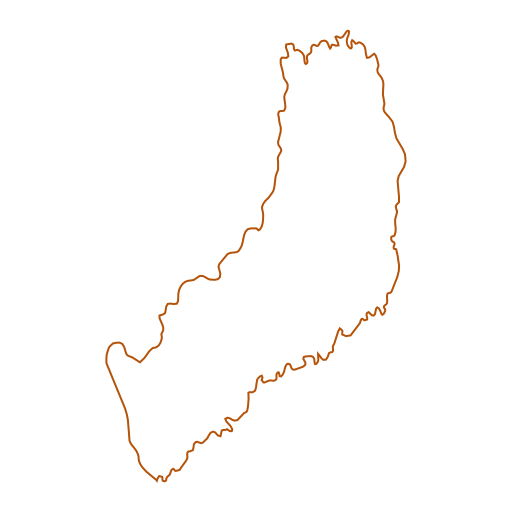 outline of Misiones
{"feature_id": "ARG-1312", "entity_name": "Misiones", "entity_type": "Province", "adm_level": 1, "iso_a3": "ARG", "parent_name": "Argentina", "parent_adm1": "", "projection": "equal_earth", "projection_center": [-54.653, -26.821], "detail": "fine", "context": "isolated", "style": "outline", "palette": "amber", "viewbox_px": 512, "rotation_deg": 0, "n_neighbors": 0, "source": "natural_earth", "source_scale": "10m", "svg_char_len": 5885}
<svg xmlns="http://www.w3.org/2000/svg" viewBox="0 0 512 512"><path d="M286.4,57.9L288.3,56.4L287.9,52.9L285.9,47.4L286.2,44.5L291.3,43.6L293.1,44.4L293.8,46.5L294.0,49.0L294.8,50.5L297.5,49.8L300.1,51.1L302.4,53.1L304.0,55.9L304.4,59.5L304.5,61.1L304.9,62.9L305.7,64.0L306.9,63.3L307.5,61.8L306.9,58.2L306.9,56.4L307.7,55.0L310.1,53.4L311.1,52.1L311.4,50.5L311.2,48.8L311.4,47.1L312.3,45.5L313.5,44.8L314.6,44.9L316.8,46.0L318.1,45.7L320.3,42.2L321.7,41.1L324.6,40.6L326.5,41.4L327.8,43.4L329.2,47.0L330.1,48.5L330.9,47.6L331.7,44.9L332.8,44.8L333.5,44.8L336.0,45.7L338.5,45.4L337.9,42.5L335.4,37.0L336.4,36.4L337.7,36.7L340.1,37.8L341.7,37.5L343.1,36.5L346.4,31.7L347.2,31.0L347.9,30.7L348.6,30.9L349.1,31.7L348.5,35.0L347.4,37.7L346.7,40.5L347.1,43.9L347.7,45.4L348.9,47.1L350.1,48.3L351.3,48.3L351.8,47.1L351.7,45.3L351.4,43.3L351.4,41.7L352.2,40.2L353.5,41.1L355.7,43.7L357.3,43.3L358.1,42.7L358.9,42.3L360.7,42.8L363.1,44.5L364.7,46.9L365.5,49.9L365.8,53.4L366.9,57.8L369.4,57.4L374.2,53.7L375.7,55.5L377.1,59.2L378.5,65.4L378.2,66.9L377.7,68.1L377.3,69.7L377.6,71.9L378.4,73.7L380.8,76.6L381.9,78.3L383.1,81.4L383.4,84.4L382.9,94.4L384.4,103.6L384.2,105.3L383.8,106.8L383.5,108.4L383.9,110.6L384.8,112.3L389.0,117.1L392.6,121.8L394.0,127.0L394.9,132.6L396.5,138.5L402.7,149.0L405.0,154.3L405.6,161.3L404.1,166.8L398.7,176.1L397.6,181.0L399.0,197.0L399.0,202.2L397.1,204.1L396.2,205.2L395.8,206.4L396.1,208.1L396.5,209.9L397.0,211.0L397.2,210.4L396.8,213.3L395.2,219.2L395.1,222.4L395.7,228.8L395.5,232.0L394.7,235.1L393.7,236.1L392.4,236.3L391.4,236.8L391.1,238.6L391.7,240.7L392.7,241.7L393.8,242.2L394.4,242.8L394.5,244.5L393.6,246.9L393.8,248.6L394.2,248.9L395.7,249.0L396.2,249.3L397.6,255.6L399.1,265.7L398.8,270.9L397.3,277.0L391.7,291.2L391.1,292.2L390.2,292.8L388.2,293.2L387.5,293.7L387.0,295.9L387.2,300.8L387.0,303.1L386.4,304.2L384.5,305.6L384.0,306.5L384.0,307.7L385.2,309.4L385.2,310.8L383.8,313.7L382.3,314.8L381.4,313.8L380.3,311.0L378.9,308.4L377.2,307.4L376.1,308.6L375.0,314.0L373.7,315.6L371.7,315.2L370.0,313.4L368.5,312.1L366.8,313.2L366.5,315.4L367.2,317.7L367.1,319.5L364.6,320.3L363.7,319.9L363.2,319.3L362.6,318.8L361.6,319.0L360.9,320.0L359.9,323.1L350.6,335.4L346.0,336.1L342.2,334.5L342.4,330.8L341.3,329.6L339.8,328.4L338.2,331.3L334.5,342.9L334.0,344.2L333.3,345.2L332.8,346.7L333.1,350.1L332.8,351.6L331.9,352.2L330.4,352.4L329.1,353.0L328.5,354.5L328.1,356.0L327.3,357.6L326.4,359.0L325.8,359.7L323.3,359.8L321.4,358.2L319.8,355.9L318.1,353.9L318.3,359.4L318.1,361.0L317.3,362.7L316.1,363.9L315.1,364.1L314.6,362.6L314.2,358.7L312.9,356.8L310.9,356.1L305.8,356.4L303.8,357.0L303.3,358.8L305.4,362.6L305.3,364.9L302.8,366.8L294.6,369.7L293.3,369.6L292.0,368.9L291.5,368.1L290.3,365.0L289.9,364.3L288.9,364.1L288.2,363.7L287.5,363.8L286.3,364.9L285.5,366.4L284.9,368.2L284.2,371.3L282.9,374.4L281.1,376.4L279.7,376.2L279.0,373.0L278.6,372.3L277.7,372.5L276.8,373.5L276.4,375.3L276.5,377.6L276.4,378.9L275.9,379.7L274.7,380.5L273.5,380.8L270.7,380.4L269.4,380.5L264.1,382.6L263.3,382.3L263.1,382.0L262.3,380.8L262.1,380.5L261.6,380.1L261.8,379.3L262.3,378.3L262.5,377.6L261.8,375.7L260.2,376.3L258.4,377.9L257.3,379.4L256.6,382.9L256.1,387.1L255.1,390.7L252.5,392.3L249.5,392.2L248.4,392.7L248.6,399.1L248.0,406.4L247.3,410.2L246.5,411.9L244.0,413.1L237.4,420.1L234.4,420.6L232.0,419.7L229.9,418.3L227.4,417.7L225.3,418.9L226.5,421.6L230.4,425.9L232.3,429.3L231.8,431.1L229.8,431.1L227.0,429.2L225.7,429.9L222.9,430.0L221.8,430.5L221.5,431.5L220.5,436.2L217.9,435.5L215.1,432.4L213.1,431.6L210.5,432.8L208.7,435.6L207.2,438.4L202.7,442.7L201.4,443.2L200.1,442.9L197.4,441.8L195.8,442.0L193.9,444.2L193.5,447.3L192.9,450.1L190.2,451.3L188.9,451.4L188.0,451.8L187.4,452.7L187.2,454.2L187.4,457.8L187.1,458.7L186.3,460.4L180.6,468.3L179.9,469.7L176.9,470.7L175.5,470.9L174.7,470.4L174.1,469.4L173.3,468.8L171.7,469.7L171.2,470.5L169.9,474.4L169.3,475.0L167.7,476.5L166.9,477.3L166.3,478.7L166.2,480.0L165.7,480.9L164.3,481.3L162.7,480.7L162.4,479.4L162.5,477.9L162.1,476.8L159.2,476.1L157.7,478.2L156.9,480.7L156.5,480.1L146.4,471.7L142.5,467.5L140.8,465.0L139.8,463.1L139.1,461.2L138.7,459.5L138.5,456.4L138.5,456.2L137.9,454.2L136.7,451.6L135.4,449.5L131.5,444.6L130.3,442.6L129.5,440.6L128.9,432.5L127.9,420.2L126.9,414.7L125.0,408.3L106.6,363.6L106.4,361.9L106.4,358.0L106.6,355.8L106.9,353.8L108.7,348.2L108.9,347.6L109.6,346.6L112.9,343.5L113.0,343.3L113.7,343.3L116.8,342.7L119.7,342.7L122.3,343.9L124.2,347.0L126.1,353.4L127.2,355.1L128.8,356.1L132.2,357.3L139.9,362.3L144.6,357.8L149.1,351.4L152.6,348.1L155.8,347.5L158.5,345.7L160.5,342.7L161.7,338.9L161.8,336.5L161.5,335.1L161.4,334.0L163.1,330.6L163.3,328.8L163.1,327.0L162.5,325.0L159.5,318.1L159.5,315.5L162.9,314.5L165.0,313.2L165.7,310.1L166.2,306.6L167.7,303.9L170.2,303.6L173.7,304.0L176.8,303.7L178.1,301.0L178.4,293.2L179.2,289.7L180.7,286.5L182.8,283.7L185.1,281.9L187.6,280.9L193.6,280.0L199.8,275.9L202.8,276.0L205.5,277.3L207.9,278.8L209.8,279.5L214.9,279.8L217.8,279.2L219.9,277.2L220.3,273.5L218.5,266.8L219.4,263.9L227.6,254.0L230.2,252.9L236.4,252.2L238.5,251.1L240.3,248.4L241.6,245.9L242.5,242.9L244.1,235.1L245.5,231.7L247.6,229.3L250.7,228.4L256.3,228.4L257.3,229.0L257.8,229.9L258.5,230.3L259.9,229.5L261.6,226.8L262.7,223.0L263.1,218.8L263.2,214.9L262.8,211.8L262.2,209.4L262.0,207.0L263.2,203.9L265.1,201.1L268.7,197.6L272.6,192.2L273.7,189.9L274.3,187.2L275.6,176.8L275.9,175.8L276.1,174.9L278.1,169.5L278.1,161.9L277.8,158.5L277.9,157.7L278.0,157.2L279.0,155.0L280.5,152.5L281.3,150.6L280.8,148.4L278.5,145.0L278.0,142.4L280.7,131.5L280.8,127.7L279.4,122.2L278.8,117.1L278.3,115.3L278.2,113.6L279.0,111.7L280.1,111.1L283.2,110.9L284.2,110.5L285.4,107.9L285.2,104.7L284.2,97.0L284.9,94.2L286.3,91.5L287.5,88.5L287.7,84.7L286.9,82.7L284.0,78.4L283.4,76.0L283.0,72.7L280.7,63.7L280.7,59.2L281.9,57.6L286.4,57.9Z" fill="none" stroke="#b45309" stroke-width="2"/></svg>